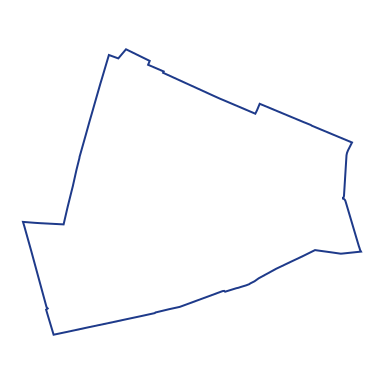 outline of Cazasu, Braila, Romania
{"feature_id": "2599482B82277665245942", "entity_name": "Cazasu", "entity_type": "district", "adm_level": 2, "iso_a3": "ROU", "parent_name": "Romania", "parent_adm1": "Braila", "projection": "natural_earth1", "projection_center": [27.883, 45.271], "detail": "fine", "context": "isolated", "style": "outline", "palette": "blue", "viewbox_px": 384, "rotation_deg": 0, "n_neighbors": 0, "source": "geoboundaries", "source_scale": "gbopen_adm2", "svg_char_len": 1333}
<svg xmlns="http://www.w3.org/2000/svg" viewBox="0 0 384 384"><path d="M361.0,251.6L360.1,250.0L359.5,248.0L358.8,246.0L353.1,226.8L346.4,204.2L345.4,200.9L345.0,200.1L344.4,199.4L343.7,198.8L343.0,198.6L343.0,197.8L343.4,197.7L343.6,197.3L343.8,196.6L343.9,196.3L344.0,195.6L346.5,155.3L347.0,152.9L348.0,150.4L352.0,142.5L331.9,134.1L320.4,129.3L311.8,125.7L311.4,125.4L310.8,125.0L305.4,122.8L304.3,122.4L301.2,121.1L291.6,117.1L259.7,103.8L257.0,110.3L255.3,113.7L223.6,100.2L220.0,98.7L214.0,96.0L163.1,72.8L163.7,71.5L148.1,64.8L149.7,60.9L126.0,49.3L118.3,58.4L108.9,55.0L101.9,78.6L100.5,83.2L97.4,94.0L94.3,104.8L92.8,110.1L89.5,121.5L85.8,134.8L79.5,157.1L79.5,157.7L76.5,169.7L72.8,186.3L71.7,190.6L67.6,207.1L63.6,224.4L54.1,223.9L40.7,223.2L34.4,222.8L23.0,221.9L24.3,226.2L31.3,251.2L38.9,279.1L46.5,307.0L47.7,308.5L46.1,309.6L47.4,314.0L53.6,334.7L54.1,334.6L57.0,334.0L58.9,333.6L64.6,332.4L65.6,332.2L86.5,327.7L113.5,322.0L125.6,319.4L141.1,316.1L154.8,313.1L155.4,312.5L169.1,309.2L179.7,306.9L183.0,305.7L197.1,300.5L222.6,291.1L224.2,290.9L225.1,291.7L236.4,288.2L238.3,287.8L241.0,286.9L246.0,285.4L249.4,284.1L250.1,283.5L254.5,281.3L258.7,278.3L276.1,268.8L291.2,261.6L303.5,255.8L315.0,250.1L326.6,251.7L331.0,252.3L340.8,253.7L343.0,253.5L361.0,251.6Z" fill="none" stroke="#1e3a8a" stroke-width="2"/></svg>